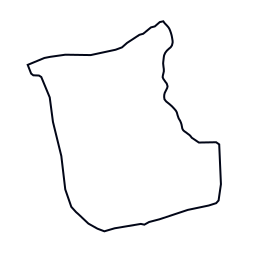 Santo Domingo Xenacoj, Sacatepéquez, Guatemala (Robinson projection), rotated 79°
{"feature_id": "79465075B12925018589584", "entity_name": "Santo Domingo Xenacoj", "entity_type": "district", "adm_level": 2, "iso_a3": "GTM", "parent_name": "Guatemala", "parent_adm1": "Sacatepéquez", "projection": "robinson", "projection_center": [-90.711, 14.68], "detail": "fine", "context": "isolated", "style": "outline", "palette": "ink", "viewbox_px": 256, "rotation_deg": 79, "n_neighbors": 0, "source": "geoboundaries", "source_scale": "gbopen_adm2", "svg_char_len": 1218}
<svg xmlns="http://www.w3.org/2000/svg" viewBox="0 0 256 256"><g transform="rotate(79 128 128)"><path d="M30.0,73.0L30.1,76.6L33.4,82.3L33.6,86.2L38.4,95.1L38.7,99.0L44.3,112.7L47.7,118.5L48.8,125.2L49.3,150.7L44.1,175.5L43.3,190.8L43.3,196.7L46.9,214.4L56.1,212.7L58.2,210.9L59.5,205.4L61.4,203.4L83.0,199.0L107.7,200.5L142.8,198.8L176.3,201.3L194.6,198.7L200.7,195.0L202.9,193.3L214.3,185.1L221.0,177.2L224.9,170.9L223.9,160.3L224.6,133.7L226.0,130.4L224.3,125.2L223.6,114.4L219.8,84.9L219.5,63.6L218.6,55.8L216.4,52.9L200.9,47.5L161.5,41.6L158.8,44.2L155.8,61.2L149.7,67.3L148.0,68.1L146.6,69.0L145.0,70.5L143.4,71.9L142.1,73.2L140.8,74.2L139.0,74.8L136.7,74.8L134.8,74.8L133.0,75.0L130.7,75.5L128.4,76.4L124.9,76.9L122.0,77.1L120.1,77.7L117.8,79.0L115.1,80.7L112.5,82.7L109.2,85.5L106.8,86.7L104.5,86.6L102.4,86.1L100.5,85.2L98.3,83.5L96.2,81.9L94.6,81.2L91.7,81.5L90.2,82.3L86.6,83.9L84.7,84.3L83.0,83.7L81.0,82.8L79.2,82.0L77.0,81.6L74.9,81.5L71.4,81.2L69.9,80.8L67.7,80.1L65.2,79.3L63.6,78.7L61.3,77.1L59.5,75.1L58.0,72.7L56.9,70.7L55.3,69.1L52.7,67.9L51.1,67.6L47.7,67.5L45.5,67.5L43.0,67.7L40.3,68.1L38.5,68.5L36.9,69.1L34.8,70.3L32.0,72.1L30.0,73.0Z" fill="none" stroke="#020617" stroke-width="2"/></g></svg>